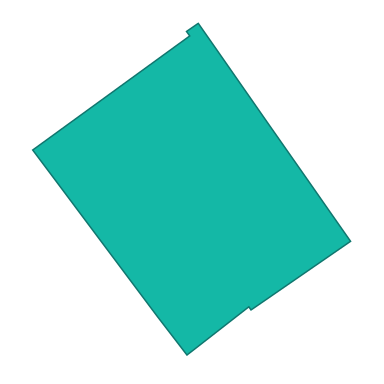 Loventué, La Pampa, Argentina (Natural Earth projection), rotated 324°
{"feature_id": "61730980B54162974925510", "entity_name": "Loventué", "entity_type": "district", "adm_level": 2, "iso_a3": "ARG", "parent_name": "Argentina", "parent_adm1": "La Pampa", "projection": "natural_earth1", "projection_center": [-65.521, -36.478], "detail": "fine", "context": "isolated", "style": "filled", "palette": "teal", "viewbox_px": 384, "rotation_deg": 324, "n_neighbors": 0, "source": "geoboundaries", "source_scale": "gbopen_adm2", "svg_char_len": 495}
<svg xmlns="http://www.w3.org/2000/svg" viewBox="0 0 384 384"><g transform="rotate(324 192 192)"><path d="M87.8,64.4L87.8,64.5L88.4,104.0L89.3,168.7L89.9,210.2L90.8,272.8L92.1,320.9L96.9,320.8L170.5,318.3L170.5,318.9L170.4,322.1L172.9,322.2L291.3,325.1L292.0,285.5L292.6,254.0L293.8,183.5L294.8,132.5L295.7,86.9L296.2,59.3L295.4,59.2L283.3,58.9L281.9,58.9L281.9,63.7L281.9,64.4L280.8,64.4L265.3,64.4L249.8,64.4L90.9,64.4L87.8,64.4Z" fill="#14b8a6" stroke="#0f766e" stroke-width="1.5"/></g></svg>